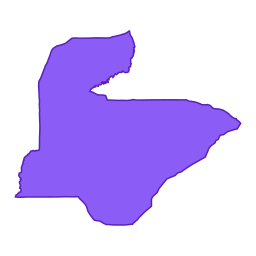 Angkor Chum, Siemréab, Cambodia
{"feature_id": "14789045B56044752523155", "entity_name": "Angkor Chum", "entity_type": "district", "adm_level": 2, "iso_a3": "KHM", "parent_name": "Cambodia", "parent_adm1": "Siemréab", "projection": "orthographic", "projection_center": [103.697, 13.721], "detail": "fine", "context": "isolated", "style": "filled", "palette": "violet", "viewbox_px": 256, "rotation_deg": 0, "n_neighbors": 0, "source": "geoboundaries", "source_scale": "gbopen_adm2", "svg_char_len": 5002}
<svg xmlns="http://www.w3.org/2000/svg" viewBox="0 0 256 256"><path d="M215.2,142.7L215.3,141.7L216.0,140.5L217.7,139.8L218.5,139.0L219.4,136.3L220.8,135.0L223.5,134.7L225.0,133.6L227.4,131.7L230.9,130.6L234.8,129.4L237.2,128.9L238.1,127.5L239.5,125.1L240.6,123.6L240.0,122.5L238.1,120.7L236.5,119.7L236.2,118.7L234.5,118.4L232.5,117.3L230.5,115.7L228.2,113.4L225.5,111.6L222.9,110.1L220.6,109.4L218.3,109.0L216.5,108.9L214.6,108.7L212.9,108.2L211.3,106.5L210.1,105.4L207.3,104.5L206.5,104.8L204.1,104.8L201.6,104.7L200.3,103.8L196.8,102.5L194.1,101.8L191.6,101.4L189.1,101.2L186.6,99.9L167.6,99.8L154.8,99.9L150.9,99.9L138.0,100.1L135.8,100.0L132.9,99.5L131.0,100.1L126.9,100.5L123.1,100.3L118.4,100.4L113.3,100.2L109.1,100.0L107.3,100.1L106.6,98.0L105.6,95.6L103.3,95.0L99.7,95.0L97.5,94.8L94.6,93.2L92.5,92.1L90.8,91.6L89.9,91.4L90.3,90.3L90.7,89.5L91.6,88.9L91.5,88.5L92.4,88.1L93.0,87.8L93.4,87.6L94.2,87.0L94.2,86.5L94.6,86.7L95.0,87.0L95.5,86.9L95.3,86.4L95.9,85.8L96.1,85.4L96.6,85.8L97.3,86.0L97.9,86.2L98.4,86.2L98.6,85.5L98.7,85.0L99.2,84.8L99.8,84.5L100.3,84.6L100.7,84.8L101.0,84.5L101.4,83.9L101.9,83.7L102.0,83.2L101.7,82.8L101.6,82.5L101.8,82.1L102.2,82.2L102.8,82.7L103.1,83.2L103.6,83.9L104.2,83.5L104.2,83.0L103.8,82.7L103.6,81.9L104.3,81.8L105.1,82.0L105.0,82.4L105.3,83.3L105.7,83.0L106.4,82.7L106.3,82.1L107.0,81.7L107.7,82.1L108.2,82.4L108.3,81.9L108.0,81.2L107.4,80.9L106.9,80.3L107.3,79.8L108.2,79.7L109.0,79.7L109.0,79.1L108.6,78.7L109.1,78.1L109.5,77.7L109.8,77.4L110.3,77.0L110.8,76.7L111.3,76.2L112.1,76.4L112.6,76.9L112.9,77.4L113.2,76.9L113.8,76.5L113.9,75.9L113.7,75.5L114.2,75.3L114.7,74.8L115.1,74.1L115.8,74.0L116.4,74.6L116.9,74.2L117.4,73.8L117.9,73.4L118.1,72.9L118.3,72.5L118.9,72.7L119.6,72.3L120.0,72.2L120.9,72.5L121.8,72.3L122.0,71.9L122.4,71.1L122.8,71.0L123.3,71.6L124.1,72.1L124.7,72.2L125.4,72.6L126.4,72.5L126.9,72.4L127.5,72.3L128.1,71.8L128.6,71.8L128.7,71.2L128.6,70.8L128.6,70.4L129.1,70.0L129.1,69.3L129.0,68.6L128.7,68.2L128.7,67.5L129.3,67.0L129.8,67.1L130.2,66.9L130.5,66.6L130.5,66.2L130.6,65.3L130.9,64.7L131.2,63.6L130.6,63.2L130.6,62.6L130.8,62.1L130.7,61.7L130.6,61.1L130.6,60.4L130.7,60.0L130.8,59.5L130.8,58.9L130.6,58.5L131.2,58.2L131.8,58.1L132.1,57.7L132.2,57.1L132.6,56.5L133.0,56.3L133.2,55.8L133.2,55.2L133.7,54.3L133.6,53.8L133.5,53.3L133.3,52.8L133.9,52.6L134.1,52.0L134.3,51.4L133.9,51.1L133.5,50.9L133.7,50.4L134.3,50.0L134.1,49.6L133.7,48.9L133.9,48.5L134.2,48.0L133.7,47.6L134.1,47.2L134.9,46.8L134.4,45.2L134.0,43.3L132.8,39.6L132.0,37.5L130.7,35.8L129.8,33.3L129.5,31.0L129.0,31.1L126.7,32.8L124.7,33.7L122.9,34.2L120.9,34.9L118.6,35.5L115.4,36.3L112.3,36.8L109.9,37.9L106.1,38.0L99.8,37.9L94.6,37.9L89.4,38.1L84.9,38.2L79.8,38.2L75.2,38.0L72.9,38.1L71.8,38.3L69.9,39.8L68.2,41.2L65.8,43.1L64.4,43.7L63.2,44.2L60.4,45.1L56.9,46.0L54.1,47.7L52.4,49.2L51.1,51.7L50.1,55.0L48.6,58.8L47.2,62.7L45.4,65.7L44.2,69.1L42.5,73.6L40.7,78.1L38.9,81.4L38.6,85.7L38.9,90.2L39.1,93.9L39.1,94.5L39.3,98.9L39.4,99.6L39.5,100.9L39.5,101.9L39.4,103.1L39.3,104.1L39.3,104.6L39.5,108.2L39.7,110.6L39.5,112.6L39.5,114.2L39.5,115.4L39.6,117.6L39.7,120.7L39.9,125.1L39.9,129.3L39.7,134.1L39.5,137.8L39.5,140.8L39.5,145.2L39.4,147.8L39.3,149.4L39.0,150.3L38.1,150.4L37.1,150.5L36.2,150.5L35.7,150.6L35.0,151.2L34.1,151.0L33.6,150.5L32.9,150.6L32.2,150.9L31.0,151.1L30.5,151.4L30.2,152.3L29.7,152.7L29.2,153.5L29.0,153.8L28.2,154.0L27.7,154.5L27.4,155.3L27.0,155.4L26.0,156.1L25.4,156.7L25.0,157.0L24.5,157.5L23.9,158.8L23.9,159.6L24.1,160.1L23.6,160.3L23.3,161.0L23.1,161.7L23.0,162.3L22.9,163.0L23.1,163.8L22.4,164.4L22.2,165.5L21.9,166.3L21.5,167.1L21.5,168.3L21.4,169.3L21.6,170.6L21.4,172.1L20.6,172.6L19.7,173.0L19.1,173.3L19.1,173.9L18.9,174.7L18.8,175.4L19.3,176.7L19.7,177.4L20.6,178.2L21.1,178.6L21.1,179.1L20.6,179.3L20.3,179.7L20.6,180.9L20.3,181.2L19.7,181.6L19.4,181.9L19.6,182.6L19.7,183.6L19.9,184.0L20.4,185.1L20.6,185.8L20.1,186.3L19.9,187.1L20.2,187.8L19.8,188.3L20.2,188.6L20.7,188.8L21.1,189.3L21.2,189.8L21.0,190.2L20.7,191.2L20.5,192.0L19.7,192.2L19.1,192.2L18.7,193.1L18.3,193.2L17.9,193.6L17.6,194.1L17.2,194.5L16.7,194.7L16.2,194.9L15.9,195.4L15.7,195.9L15.5,196.4L15.4,197.0L16.8,197.0L18.4,197.3L21.5,197.2L26.4,197.0L32.3,197.0L37.3,197.0L41.4,197.0L46.7,197.0L57.7,196.9L66.4,196.7L67.3,196.8L70.1,196.8L73.9,196.8L78.1,196.7L79.9,198.9L81.6,200.5L83.7,202.6L85.2,204.3L86.3,206.2L86.9,207.6L87.4,209.3L87.7,210.7L88.8,212.7L90.6,215.5L92.5,218.0L94.2,220.1L96.2,220.6L99.4,220.9L101.7,222.1L103.5,223.3L105.0,223.9L106.1,224.5L108.1,224.5L112.9,224.9L117.5,225.0L123.0,225.0L126.8,224.8L131.6,224.2L132.5,224.3L133.5,223.1L137.9,219.2L139.2,217.4L142.8,213.8L145.0,211.6L150.2,207.3L151.5,206.2L151.4,199.2L152.7,196.7L155.2,194.3L157.1,192.6L159.0,188.6L163.4,183.1L166.8,179.0L171.3,177.0L175.0,175.6L177.6,173.0L181.3,171.8L185.6,168.7L192.0,164.5L197.6,161.4L203.0,158.3L205.3,157.0L206.5,154.0L207.7,151.6L208.4,149.2L210.5,146.2L214.2,143.4L215.2,142.7Z" fill="#8b5cf6" stroke="#5b21b6" stroke-width="1.5"/></svg>